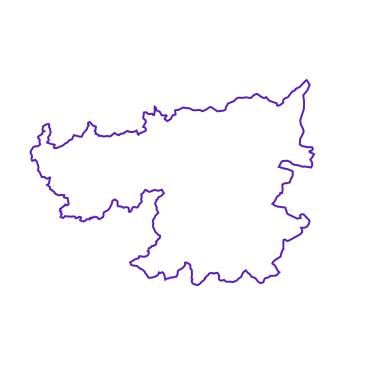 Bac Quang, Hà Giang, Vietnam, rotated 73°
{"feature_id": "81297802B46816941364430", "entity_name": "Bac Quang", "entity_type": "district", "adm_level": 2, "iso_a3": "VNM", "parent_name": "Vietnam", "parent_adm1": "Hà Giang", "projection": "robinson", "projection_center": [104.909, 22.394], "detail": "fine", "context": "isolated", "style": "outline", "palette": "violet", "viewbox_px": 384, "rotation_deg": 73, "n_neighbors": 0, "source": "geoboundaries", "source_scale": "gbopen_adm2", "svg_char_len": 6057}
<svg xmlns="http://www.w3.org/2000/svg" viewBox="0 0 384 384"><g transform="rotate(73 192 192)"><path d="M294.3,131.9L293.4,132.7L286.3,134.3L283.9,136.1L282.4,134.7L281.1,131.6L279.7,126.2L277.5,125.1L273.8,122.2L273.4,121.3L267.5,119.6L264.6,118.4L264.5,117.2L266.7,115.2L266.8,113.9L264.1,100.8L262.7,98.5L261.8,98.1L260.1,97.8L258.1,98.2L259.1,94.5L258.8,92.4L257.0,89.9L254.5,88.2L253.4,88.1L246.1,91.8L245.4,93.1L245.5,94.8L246.2,95.6L248.5,95.6L248.3,99.1L241.0,106.9L239.6,107.3L234.2,107.3L231.0,114.3L229.3,116.6L226.8,118.6L225.8,116.5L221.2,111.7L220.3,108.9L218.7,107.8L219.4,106.2L216.6,104.8L211.7,103.5L211.1,102.9L210.8,100.3L211.3,99.0L211.4,95.7L208.1,93.4L206.2,91.2L204.8,90.5L201.5,89.7L198.0,94.0L196.3,97.3L193.3,101.7L189.2,97.4L188.9,96.2L189.9,91.9L192.1,88.9L193.0,88.8L195.3,87.1L198.1,81.7L200.2,78.7L200.9,76.0L203.4,70.8L201.5,69.2L199.0,68.5L195.6,69.4L193.7,66.5L191.4,64.2L188.4,67.7L187.7,67.9L187.3,67.6L187.4,65.5L187.1,64.8L186.1,63.8L184.9,63.8L184.3,64.1L183.0,68.2L180.3,73.2L178.0,75.0L172.7,73.0L169.4,69.5L167.4,67.9L166.2,67.4L163.9,67.4L158.9,68.2L155.0,67.5L145.4,60.8L138.1,58.3L132.7,57.5L131.7,56.9L128.8,52.3L123.9,48.1L118.5,49.6L118.9,51.0L123.1,58.4L123.6,62.6L124.6,63.3L125.6,67.5L129.4,72.5L129.6,75.3L130.1,77.0L131.1,78.0L133.3,78.8L134.6,82.4L134.6,84.8L133.7,85.3L131.9,85.2L127.6,91.0L126.7,91.8L122.9,93.4L123.3,94.5L123.3,95.7L121.2,98.0L117.3,101.0L117.1,102.3L117.6,105.1L119.1,107.5L119.1,108.8L117.2,112.8L116.9,115.7L115.4,119.9L115.6,122.0L117.4,125.4L117.9,131.7L121.3,135.0L122.6,135.6L123.2,136.5L123.4,137.9L122.4,143.8L120.3,145.8L116.9,148.4L116.1,149.5L116.3,151.4L117.2,153.6L117.8,158.0L117.7,158.7L115.8,160.4L114.6,165.9L113.9,167.2L111.1,170.0L110.6,171.9L108.6,175.8L109.5,180.9L108.9,184.0L109.6,184.5L113.2,185.1L113.1,188.1L116.0,191.0L117.0,194.7L114.6,196.7L114.0,196.8L111.6,194.0L111.0,194.5L110.2,198.0L109.7,198.6L105.8,199.4L103.3,202.3L100.9,201.9L99.6,202.7L100.9,203.4L102.9,203.5L107.2,205.7L106.9,206.7L105.5,207.3L104.9,210.7L102.2,212.7L101.9,214.7L107.2,217.1L110.0,215.4L111.4,215.5L115.4,219.7L116.5,218.3L117.6,217.7L119.6,218.1L120.1,218.9L120.7,225.1L121.6,226.5L120.4,227.0L118.9,226.7L117.7,227.4L117.1,227.2L117.5,229.6L116.9,232.5L115.7,235.0L114.7,235.7L115.2,238.6L116.0,240.4L115.4,243.4L116.4,245.1L115.0,247.1L112.9,248.7L114.9,254.0L113.7,256.7L113.1,260.3L111.4,263.0L111.2,264.6L109.9,264.8L108.4,267.1L107.0,266.6L105.7,267.2L105.3,267.2L104.2,265.9L102.9,265.7L102.0,264.9L101.3,264.8L99.5,267.3L95.1,269.4L95.7,271.3L96.6,271.6L98.1,271.2L98.6,272.2L101.7,274.7L103.8,278.5L106.8,281.2L106.1,283.4L103.1,288.3L106.6,291.5L106.6,294.1L108.3,296.9L108.4,298.5L109.8,302.1L110.4,308.6L110.1,309.8L109.6,310.8L109.0,311.0L106.7,309.5L106.1,310.1L105.8,311.4L102.4,316.1L100.3,313.7L98.1,313.7L97.3,313.3L95.9,311.3L93.7,309.8L90.2,309.3L88.0,309.8L86.8,309.1L85.2,309.0L84.7,311.6L85.7,315.2L88.3,316.6L89.4,316.7L90.7,315.6L90.8,317.2L92.8,318.5L93.8,322.4L94.8,323.4L97.4,322.4L100.0,323.3L102.1,323.3L103.2,325.9L102.5,328.7L102.5,330.3L105.7,334.3L107.6,334.9L110.8,334.4L112.6,335.5L114.2,335.9L115.5,335.7L115.4,332.5L117.5,331.5L123.4,331.5L126.4,333.0L128.1,332.0L133.6,331.3L134.1,330.7L134.5,328.7L136.0,327.9L136.8,326.9L136.8,324.2L135.9,323.2L141.6,326.1L142.5,327.0L142.9,328.5L145.5,326.5L147.9,326.9L149.0,325.4L150.1,325.1L151.6,323.7L153.2,323.5L156.2,320.7L156.6,317.7L157.6,315.1L159.5,316.1L161.0,314.2L161.5,312.7L167.5,313.5L168.1,314.4L168.1,316.0L167.1,316.5L167.0,316.9L168.3,319.1L168.5,320.6L169.3,321.6L169.6,323.0L170.3,323.0L171.4,323.9L172.5,322.8L173.6,323.6L175.0,323.0L177.4,325.0L179.2,322.8L178.0,320.5L180.4,314.5L180.6,312.6L181.4,311.1L183.1,310.9L183.2,308.5L182.7,307.8L182.7,307.2L183.8,305.5L186.1,307.2L186.7,307.1L188.5,304.1L188.1,301.9L187.3,300.8L188.2,297.6L187.0,297.2L187.1,296.0L187.7,295.1L187.1,294.4L187.6,293.2L187.4,291.6L188.7,289.8L190.1,289.5L190.9,288.4L190.0,284.5L188.9,283.6L186.3,282.8L185.6,282.0L184.7,277.3L183.2,275.3L180.0,272.3L177.1,270.6L176.6,267.9L178.8,266.1L180.1,266.1L182.3,267.0L184.1,266.8L185.1,264.1L187.1,262.1L187.0,260.1L187.8,258.2L189.1,257.1L191.7,258.0L192.6,257.8L192.9,257.0L192.2,255.6L189.5,253.4L189.3,252.3L190.8,248.9L189.9,247.2L188.3,246.1L187.0,243.4L186.0,242.7L184.4,242.9L181.9,241.5L179.5,241.3L178.4,238.6L176.5,236.5L176.6,235.4L178.8,233.7L179.5,232.2L179.0,227.3L181.0,223.8L181.0,220.2L185.0,219.3L186.7,222.3L187.3,225.8L188.8,227.0L189.2,228.4L190.1,228.6L191.0,229.9L192.7,230.7L196.4,230.3L198.4,231.0L202.0,230.3L204.1,234.1L205.9,235.4L207.0,237.0L208.5,238.1L210.6,238.1L212.3,239.0L214.3,239.4L219.6,238.7L223.6,236.3L224.5,235.3L226.7,236.4L227.1,237.2L227.0,238.1L228.2,239.2L228.9,240.9L230.6,240.9L231.8,242.0L231.9,243.8L232.3,244.6L231.9,246.2L233.0,247.5L233.2,249.8L235.1,250.6L235.6,251.6L236.2,251.0L237.6,251.0L239.1,252.0L240.0,254.0L240.0,256.8L238.0,260.9L238.1,261.5L239.0,261.7L239.8,262.6L239.6,265.3L241.1,271.7L243.9,271.4L244.7,270.5L246.8,266.0L249.9,264.2L251.5,262.3L253.8,260.7L255.8,260.4L258.6,259.2L260.2,259.2L261.5,258.3L262.2,255.0L262.0,250.5L261.1,248.4L259.3,247.2L260.3,246.0L260.0,244.0L260.3,243.5L262.4,242.7L268.0,243.2L267.4,241.9L267.8,239.5L267.5,237.2L268.2,235.4L268.0,233.1L268.5,232.1L267.0,230.1L263.5,228.7L262.6,227.0L262.7,225.7L262.0,223.4L260.0,220.0L257.7,219.4L257.7,218.0L260.7,215.2L261.6,215.0L264.6,215.9L266.6,215.0L271.6,216.4L274.4,217.7L275.6,217.1L276.8,218.3L279.2,218.3L280.6,217.2L282.7,213.8L282.3,211.8L280.6,208.8L279.9,206.7L279.0,205.1L278.2,205.1L277.9,204.0L276.8,202.8L276.2,200.9L275.0,199.4L274.9,198.7L275.4,196.2L276.5,194.9L276.3,193.0L276.7,191.5L277.3,191.0L280.2,190.5L282.4,191.5L284.1,191.5L285.4,189.7L285.5,187.0L287.7,185.7L289.5,180.2L290.2,179.1L289.6,174.8L288.5,172.9L287.6,169.8L283.9,166.7L282.6,163.5L285.2,162.5L287.7,160.6L290.1,160.1L293.0,156.5L297.0,155.1L299.3,153.0L299.1,150.1L296.6,148.3L295.9,147.2L296.0,143.7L295.1,141.6L296.2,137.5L296.4,135.5L294.3,131.9Z" fill="none" stroke="#5b21b6" stroke-width="2"/></g></svg>